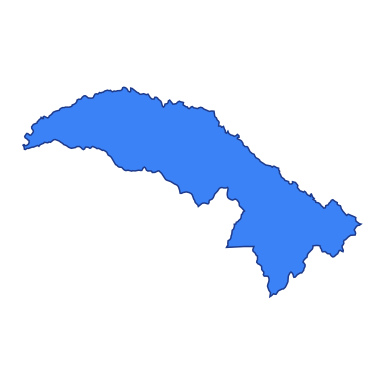 Espinosa, Minas Gerais, Brazil
{"feature_id": "56859067B62651951271608", "entity_name": "Espinosa", "entity_type": "district", "adm_level": 2, "iso_a3": "BRA", "parent_name": "Brazil", "parent_adm1": "Minas Gerais", "projection": "natural_earth1", "projection_center": [-42.979, -14.905], "detail": "fine", "context": "isolated", "style": "filled", "palette": "blue", "viewbox_px": 384, "rotation_deg": 0, "n_neighbors": 0, "source": "geoboundaries", "source_scale": "gbopen_adm2", "svg_char_len": 5971}
<svg xmlns="http://www.w3.org/2000/svg" viewBox="0 0 384 384"><path d="M325.8,205.6L325.3,207.8L323.7,208.1L322.7,206.9L321.2,205.7L320.3,204.2L318.6,202.9L315.8,202.3L315.6,201.0L313.1,199.4L314.2,198.5L312.7,197.1L311.4,194.0L310.5,194.4L310.5,196.4L307.3,194.7L305.7,192.2L304.5,191.3L303.3,192.2L302.0,191.4L300.1,190.9L297.4,187.6L297.8,185.4L295.5,182.5L292.5,181.7L292.5,183.5L291.2,184.0L289.7,184.0L288.8,183.1L288.6,181.6L284.9,180.4L284.2,179.1L281.4,177.0L280.5,174.7L279.4,172.9L279.6,171.1L278.7,170.1L278.6,168.2L276.6,167.6L274.3,166.3L273.2,166.3L272.3,167.2L270.6,165.9L265.8,165.0L260.2,161.4L259.5,160.0L258.2,158.9L255.9,157.7L255.0,156.4L254.1,154.3L252.0,153.4L250.0,151.7L247.8,147.3L247.0,146.6L245.0,146.6L243.2,144.9L242.9,143.2L241.5,141.0L240.4,140.2L237.3,138.7L237.6,137.5L239.1,137.2L238.9,135.7L237.4,134.4L235.9,135.8L234.1,136.3L232.9,135.5L230.7,134.9L228.8,133.5L227.9,131.2L226.6,133.2L225.4,132.5L225.2,130.4L224.4,129.0L223.5,126.4L221.6,127.3L220.7,126.1L218.6,126.0L219.1,122.3L218.5,121.2L217.1,119.8L216.4,117.9L214.8,116.6L214.0,111.2L211.6,111.0L209.3,111.4L203.8,109.0L202.4,107.8L200.7,107.3L198.9,107.8L197.7,108.6L193.8,107.8L192.2,106.5L190.9,107.1L190.0,108.1L189.1,108.7L188.1,108.2L187.2,106.8L185.9,106.8L184.4,105.6L183.4,105.3L183.1,104.2L183.5,102.5L180.7,101.8L179.3,101.2L177.7,102.1L176.2,103.7L173.0,104.2L169.7,100.1L168.4,100.9L168.1,102.6L167.2,103.6L165.0,104.1L164.7,105.6L163.6,107.1L162.6,106.5L162.1,105.1L161.5,102.8L160.8,101.2L158.3,99.2L157.5,98.0L156.4,97.3L154.8,97.3L154.0,99.1L151.8,99.0L150.2,97.5L148.0,94.1L146.4,94.7L143.7,93.7L140.9,94.3L139.8,94.2L138.3,92.8L137.1,92.4L132.2,88.5L130.7,88.1L130.7,91.1L129.8,92.0L128.2,91.1L127.2,89.2L126.1,88.1L125.2,87.6L123.8,87.3L122.7,87.7L122.0,89.7L120.5,90.6L117.7,90.7L115.7,91.3L114.1,91.0L112.6,91.8L111.5,91.3L110.5,90.3L109.2,90.7L107.4,90.2L104.6,91.1L103.3,92.2L102.2,92.3L101.0,92.9L99.6,92.5L97.8,94.1L96.3,93.8L95.1,94.1L94.1,95.7L93.3,97.6L92.0,98.2L88.3,98.0L86.3,96.3L85.1,95.7L83.7,96.0L82.1,97.4L81.3,98.8L80.1,99.3L78.6,99.2L77.1,100.0L76.8,101.6L75.6,103.3L74.4,104.1L72.2,105.0L71.7,106.4L69.0,107.2L65.6,107.1L64.1,107.6L62.5,107.6L60.2,108.7L59.4,110.2L55.6,111.2L53.3,112.2L51.3,114.6L49.4,115.9L48.6,117.5L47.5,117.9L44.1,116.3L43.0,117.2L43.3,118.5L42.2,118.5L41.1,117.4L40.6,118.7L39.2,119.6L38.5,120.7L37.4,121.6L37.0,123.0L33.4,124.4L31.6,126.9L31.8,128.5L33.2,130.5L33.4,131.6L32.5,133.2L31.0,135.0L29.9,135.2L27.8,133.6L26.7,133.5L24.7,136.3L25.1,137.7L27.0,138.9L27.7,139.8L28.9,140.4L29.2,142.2L28.6,143.8L27.9,144.6L26.3,145.6L25.3,145.6L24.0,144.6L23.0,145.2L24.0,146.6L24.4,149.3L25.4,149.5L27.0,148.4L28.6,148.4L32.2,147.1L33.6,147.1L36.4,145.9L37.9,145.5L38.9,146.3L39.6,145.3L40.6,144.5L43.7,143.2L44.4,142.3L47.8,142.8L49.0,142.0L50.5,142.3L53.6,139.8L55.2,139.5L59.4,141.1L60.3,141.9L62.8,143.5L63.6,144.5L66.4,145.6L68.9,147.4L71.4,148.3L75.6,147.5L76.6,146.6L79.4,146.5L80.9,147.5L82.1,148.8L83.4,149.6L84.6,148.9L85.4,147.2L86.7,147.1L88.3,147.3L89.9,148.3L90.9,147.9L91.6,147.0L92.6,146.4L95.7,147.7L96.9,148.6L98.8,148.4L102.4,150.4L103.5,150.2L104.6,150.7L106.7,152.1L108.2,155.1L110.3,156.3L111.4,157.4L115.6,164.6L117.1,165.4L117.8,166.3L119.1,167.1L121.7,167.3L123.8,169.6L125.0,170.3L126.0,170.6L127.2,170.3L128.5,170.3L131.7,171.1L132.7,170.7L135.2,170.9L138.7,170.2L140.8,170.5L141.8,170.4L143.1,168.1L144.3,167.1L145.4,167.9L146.5,170.2L147.8,171.0L150.6,170.9L151.6,171.3L152.3,172.5L154.9,172.4L157.4,171.2L158.9,170.8L161.6,173.4L165.5,179.3L166.4,180.0L170.8,181.6L174.4,183.9L176.9,185.0L178.3,186.5L179.5,189.9L180.2,193.3L181.7,193.3L182.9,192.6L186.2,191.9L188.9,192.5L191.2,193.6L192.3,195.0L193.7,199.0L194.5,200.2L195.3,202.5L197.9,205.1L198.3,206.5L201.9,203.5L203.1,203.1L204.7,203.0L208.0,203.9L209.0,202.8L209.0,201.5L209.5,200.3L212.1,199.1L213.3,197.6L214.7,194.1L217.5,191.1L219.2,188.6L220.5,187.7L222.2,187.5L223.8,188.0L225.9,188.0L227.6,187.4L228.1,188.7L227.3,192.9L227.2,194.7L227.7,197.2L228.8,198.5L231.0,199.7L232.7,200.1L235.3,199.0L236.9,199.9L238.7,202.1L239.2,203.5L239.2,204.8L239.5,205.9L241.7,207.9L244.5,211.0L243.0,212.1L242.4,213.9L241.5,214.5L241.0,218.0L240.1,219.4L238.7,220.5L237.9,221.6L236.3,222.3L235.8,224.0L234.2,224.3L234.5,225.6L234.2,227.0L233.6,229.0L232.2,230.3L231.8,234.1L231.1,236.0L230.9,237.9L230.0,239.6L228.1,240.7L227.8,243.7L228.0,245.2L227.1,246.2L226.5,247.4L244.6,246.5L253.9,246.5L252.8,249.7L253.0,251.1L255.0,252.9L256.4,255.5L257.5,256.0L257.5,259.7L256.9,260.8L256.7,262.3L258.2,264.0L259.4,264.4L261.6,266.3L261.7,269.4L262.6,270.8L263.7,271.8L263.8,273.1L263.3,274.7L264.2,276.1L266.6,276.1L268.1,276.4L268.8,277.8L269.1,279.6L268.9,281.3L267.7,285.0L267.5,286.3L268.9,290.3L270.5,292.6L269.9,296.7L271.3,295.8L273.5,293.8L274.7,294.2L276.0,294.3L278.4,290.8L282.2,289.0L283.5,288.9L285.3,287.2L286.4,285.2L287.9,281.8L288.3,276.3L288.7,275.2L290.0,272.8L291.0,272.0L292.2,273.0L293.2,274.8L293.4,276.2L293.9,277.3L295.2,277.1L297.4,274.6L299.0,273.7L300.3,272.9L301.7,272.9L303.7,270.3L303.9,268.8L305.0,266.6L305.1,264.8L304.1,263.2L303.0,262.2L303.6,260.5L305.7,258.1L306.9,257.4L307.6,254.3L308.6,252.9L312.2,249.2L312.8,247.9L313.0,245.8L316.5,245.4L319.9,245.7L320.5,247.9L321.4,249.2L321.7,250.6L322.4,251.8L325.3,251.6L327.4,253.6L330.1,253.9L330.6,255.0L331.4,256.0L332.6,256.9L333.8,256.8L335.6,255.4L336.4,254.5L337.6,253.8L339.2,250.6L340.4,250.3L341.7,251.2L343.0,251.7L343.3,250.4L342.2,247.6L342.1,245.8L343.2,244.7L343.8,243.4L343.6,241.5L344.0,240.3L345.5,239.7L348.3,236.9L350.6,235.3L355.2,235.0L355.6,233.1L355.1,231.5L354.2,230.0L354.9,228.7L356.5,226.4L357.7,225.5L359.5,225.2L361.0,224.1L359.4,223.7L356.1,221.2L355.6,219.4L355.8,217.6L354.6,216.9L348.2,214.2L346.5,215.4L342.9,211.2L341.2,208.6L340.9,207.1L340.4,205.8L338.3,205.1L337.2,204.2L337.3,202.6L335.2,201.5L332.8,199.7L331.4,200.3L330.2,202.2L329.2,203.0L328.1,204.9L325.8,205.6Z" fill="#3b82f6" stroke="#1e3a8a" stroke-width="1.5"/></svg>